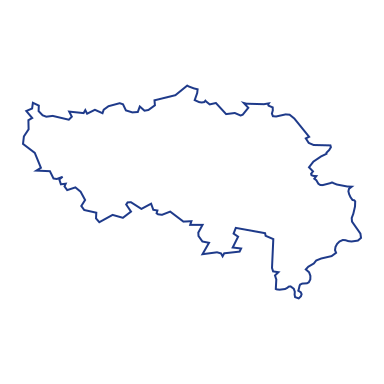 map outline of Liege (Natural Earth projection)
{"feature_id": "BEL-3481", "entity_name": "Liege", "entity_type": "Province", "adm_level": 1, "iso_a3": "BEL", "parent_name": "Belgium", "parent_adm1": "", "projection": "natural_earth1", "projection_center": [5.813, 50.464], "detail": "fine", "context": "isolated", "style": "outline", "palette": "blue", "viewbox_px": 384, "rotation_deg": 0, "n_neighbors": 0, "source": "natural_earth", "source_scale": "10m", "svg_char_len": 2673}
<svg xmlns="http://www.w3.org/2000/svg" viewBox="0 0 384 384"><path d="M279.6,289.7L276.8,289.4L275.8,289.0L276.3,279.4L276.0,278.7L275.0,275.4L278.4,272.2L273.1,271.4L272.0,267.9L273.3,239.1L265.6,235.8L265.1,233.2L235.8,227.9L233.6,233.6L238.1,236.7L232.7,247.5L241.1,248.5L239.6,251.6L224.2,253.3L222.6,256.3L221.0,253.4L217.0,252.3L202.5,254.2L209.0,242.8L202.4,241.5L198.5,236.0L198.3,232.6L202.5,224.9L190.2,224.9L191.4,221.2L183.4,221.6L170.2,211.6L162.0,214.8L158.0,214.3L156.6,213.3L157.4,210.5L153.3,209.8L151.1,203.7L141.4,208.9L130.9,202.2L127.6,202.4L126.2,204.5L131.0,211.6L122.9,217.8L112.6,214.9L99.3,222.2L96.0,218.4L96.3,212.7L84.2,210.0L81.3,206.0L85.1,200.0L80.6,191.7L75.4,187.4L67.2,190.1L64.5,186.4L65.7,183.7L60.9,184.3L59.3,179.4L62.6,176.8L56.8,179.0L53.5,178.5L49.9,171.2L36.4,170.6L40.9,167.8L34.8,152.9L23.0,143.9L23.9,136.4L28.6,129.3L28.4,120.2L32.2,118.0L26.3,111.0L32.1,108.5L32.9,102.8L38.8,105.6L38.6,111.1L42.6,115.3L46.3,116.7L52.7,115.9L68.8,119.7L71.8,116.7L69.2,111.6L83.6,113.1L85.3,110.1L87.1,113.7L94.9,109.8L102.5,113.2L103.7,109.7L108.5,106.2L119.7,103.2L123.0,104.3L125.9,110.4L132.4,112.4L137.8,112.0L139.8,106.5L144.5,110.7L148.4,110.0L154.9,105.3L154.5,100.3L175.4,95.2L187.2,85.6L188.6,86.4L193.9,88.4L197.6,89.3L197.2,93.0L194.7,100.1L199.1,102.1L201.7,102.5L204.2,102.1L205.4,100.7L206.0,101.4L209.7,104.4L215.9,103.0L226.1,114.1L234.8,113.0L240.6,115.5L242.7,114.7L248.3,107.8L243.8,103.0L246.4,103.7L263.9,104.2L268.8,103.4L268.4,104.0L268.3,104.6L268.3,105.1L268.6,105.7L272.7,107.4L272.8,110.4L271.9,113.6L272.9,116.2L276.1,116.5L285.6,114.4L289.6,114.7L294.3,118.5L309.1,136.8L305.8,138.4L308.7,142.9L313.6,145.0L330.4,145.4L330.9,147.2L329.2,150.0L326.5,152.7L326.5,153.8L321.1,156.4L313.4,161.6L309.0,167.3L313.0,171.4L311.1,173.8L311.5,175.2L313.4,175.9L316.3,176.1L314.3,178.7L316.3,180.2L318.4,183.8L320.3,185.0L322.7,185.1L330.9,183.0L331.4,182.6L332.0,182.5L332.6,182.6L333.1,183.0L336.8,184.5L347.3,186.5L351.7,186.7L349.0,188.8L348.4,191.3L349.1,194.1L350.5,197.2L352.5,200.0L354.3,200.3L355.2,201.4L355.0,206.5L353.3,213.8L351.7,218.0L352.0,221.6L360.4,233.6L360.7,235.6L361.0,237.9L357.9,240.6L351.5,241.5L348.2,241.1L345.5,240.2L342.8,240.0L339.5,241.5L337.1,243.9L335.5,246.9L335.0,250.1L336.1,252.8L331.6,256.1L321.2,258.5L316.2,260.5L313.8,263.5L308.3,266.7L305.8,269.4L309.1,272.3L310.4,275.9L310.3,279.4L308.8,282.3L307.0,283.3L302.2,283.6L300.1,284.6L299.6,285.7L298.8,289.1L298.3,290.7L300.8,292.3L301.6,294.2L300.9,296.3L298.7,298.4L295.1,297.1L294.6,294.6L294.8,291.7L293.8,288.8L290.6,286.4L288.8,286.6L287.2,287.9L285.1,289.0L279.6,289.7Z" fill="none" stroke="#1e3a8a" stroke-width="2"/></svg>